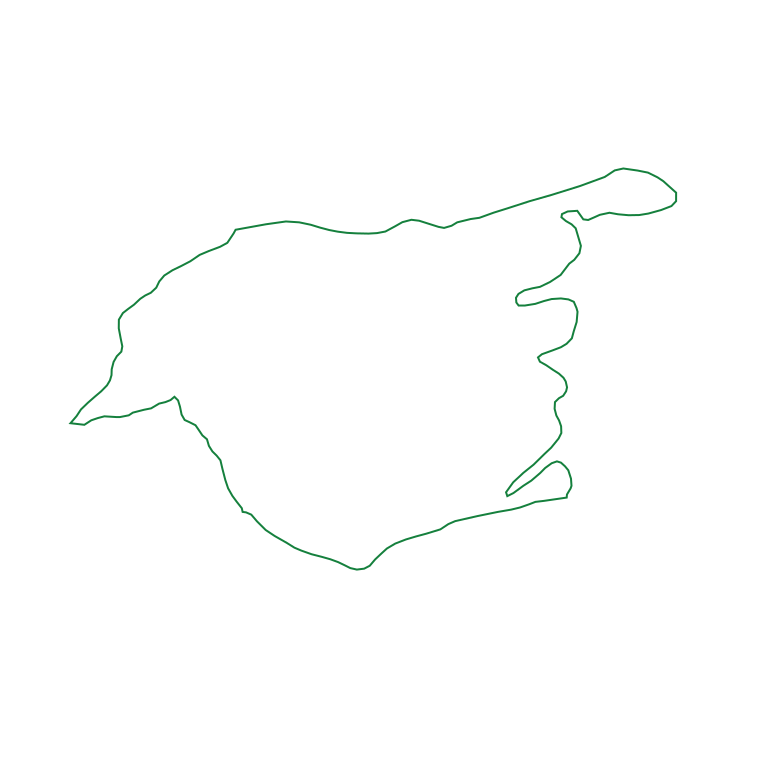 Komo-Ocèan, Estuaire, Gabon (Robinson projection), rotated 82°
{"feature_id": "22940354B91533016002313", "entity_name": "Komo-Ocèan", "entity_type": "district", "adm_level": 2, "iso_a3": "GAB", "parent_name": "Gabon", "parent_adm1": "Estuaire", "projection": "robinson", "projection_center": [9.579, -0.117], "detail": "fine", "context": "isolated", "style": "outline", "palette": "green", "viewbox_px": 768, "rotation_deg": 82, "n_neighbors": 0, "source": "geoboundaries", "source_scale": "gbopen_adm2", "svg_char_len": 2904}
<svg xmlns="http://www.w3.org/2000/svg" viewBox="0 0 768 768"><g transform="rotate(82 384 384)"><path d="M521.9,218.9L518.9,218.2L513.3,213.7L510.9,212.5L503.8,212.0L495.1,213.5L490.7,216.2L486.5,219.7L484.7,223.5L485.8,229.0L489.6,236.1L493.8,241.6L500.2,251.6L504.2,260.2L510.0,271.0L512.2,277.5L508.2,278.2L499.3,269.7L491.4,258.4L484.7,247.1L475.6,234.8L470.3,227.3L462.3,218.7L457.2,215.2L450.5,214.5L444.5,215.7L439.2,217.7L432.3,218.5L425.7,217.2L422.4,212.7L420.6,208.2L416.6,204.7L412.8,203.2L406.8,203.7L402.8,205.4L398.0,209.4L393.5,214.7L388.0,220.7L383.6,226.5L379.1,227.8L376.5,223.5L374.2,212.5L372.2,203.7L369.6,197.6L364.9,191.6L358.3,188.8L349.4,184.6L339.4,182.3L335.6,182.8L329.0,184.6L325.9,189.6L323.9,196.9L323.2,206.2L324.1,214.0L325.7,223.0L325.9,233.5L325.0,239.8L321.7,241.6L317.0,241.3L313.5,238.3L310.8,232.0L309.9,223.8L309.5,216.0L306.1,205.4L300.6,193.9L290.6,183.8L287.5,178.3L281.7,172.3L274.6,169.8L256.5,172.5L252.0,176.0L248.0,181.1L243.6,185.1L240.5,184.1L238.7,178.1L239.4,168.5L248.7,163.7L250.0,159.0L248.3,152.9L246.5,146.7L245.8,136.9L248.5,128.6L250.9,118.3L252.2,107.7L252.0,98.5L250.3,85.4L247.8,74.6L243.6,69.3L235.2,68.1L226.3,75.6L222.1,79.1L217.4,84.4L211.4,93.2L207.9,103.2L203.9,117.0L204.6,125.8L209.7,136.6L215.2,162.2L220.1,191.9L223.2,214.2L227.2,237.1L229.6,251.6L232.7,266.4L232.7,275.2L234.1,289.0L236.7,295.1L237.8,302.8L236.0,308.1L231.8,316.9L227.2,326.5L225.2,334.0L226.3,343.3L229.4,351.1L233.2,361.4L233.6,369.9L232.9,378.4L231.0,390.2L229.2,399.5L226.7,408.6L223.9,416.8L220.3,425.4L216.1,434.4L212.1,445.5L209.4,458.5L209.4,478.6L210.6,509.5L214.0,512.0L222.4,519.5L225.3,527.2L227.9,538.8L230.5,548.6L235.5,558.7L238.9,568.3L241.9,577.6L246.0,586.5L251.2,592.3L256.9,596.1L261.2,602.2L263.1,608.1L265.7,613.5L270.7,620.6L274.0,626.8L277.4,632.7L283.4,637.6L292.0,638.9L302.4,638.4L310.3,637.9L315.4,639.6L319.3,644.7L324.5,648.7L331.5,651.6L337.3,652.6L342.3,654.9L346.8,658.5L351.8,665.0L356.3,672.1L361.4,679.9L367.0,687.6L373.0,692.9L379.2,699.9L382.7,686.4L379.2,678.9L377.9,672.1L377.1,665.4L379.4,654.1L380.0,650.2L379.5,641.1L377.4,636.7L376.1,625.1L375.7,618.0L372.1,609.4L371.5,603.0L370.2,597.6L367.5,593.3L371.6,590.2L378.0,589.2L386.1,588.7L391.9,586.4L394.7,582.0L398.6,576.4L403.2,574.1L409.6,571.0L414.1,567.0L420.9,566.0L426.9,563.3L431.6,559.7L436.8,556.6L445.6,555.8L457.0,554.5L465.6,552.9L473.7,549.7L480.0,546.3L487.2,542.1L491.0,541.8L491.9,538.5L494.9,533.6L502.3,528.9L512.1,521.5L519.3,513.4L527.8,502.4L533.6,495.5L537.5,489.0L542.5,479.4L546.4,469.9L550.1,461.5L554.0,454.2L558.0,448.2L561.6,443.0L564.0,436.7L564.1,429.3L562.0,423.4L556.5,417.2L551.6,410.3L547.3,404.0L543.6,395.1L541.0,384.0L539.4,373.4L538.1,362.9L535.8,348.4L531.7,339.8L529.7,332.6L527.8,309.8L526.5,288.9L526.1,275.5L525.2,266.4L523.3,256.9L521.8,250.5L522.0,241.9L521.9,218.9Z" fill="none" stroke="#15803d" stroke-width="2"/></g></svg>